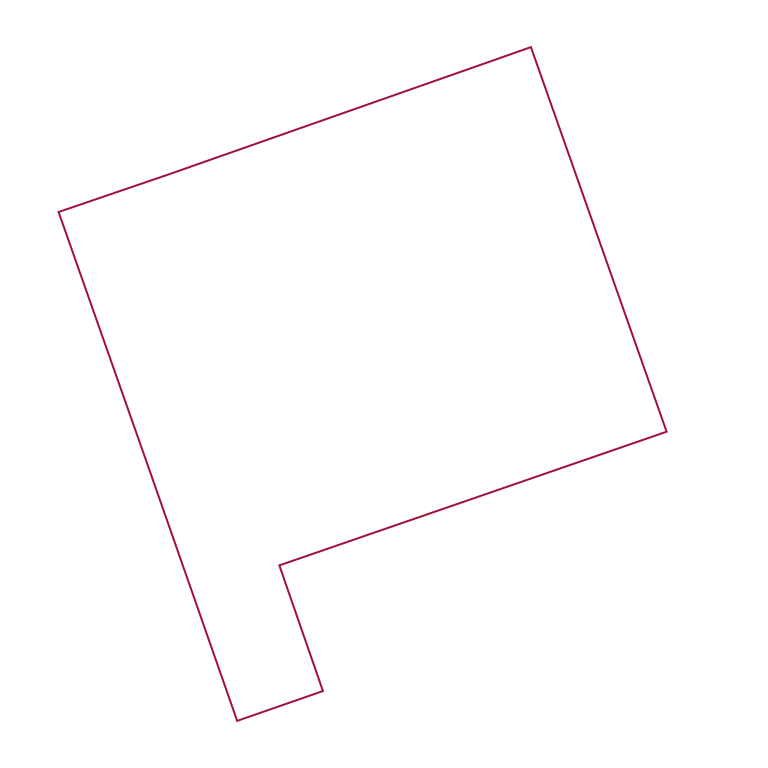 Henry, Ohio, United States of America (Mercator projection), rotated 251°
{"feature_id": "52423323B76163857838554", "entity_name": "Henry", "entity_type": "district", "adm_level": 2, "iso_a3": "USA", "parent_name": "United States of America", "parent_adm1": "Ohio", "projection": "mercator", "projection_center": [-84.138, 41.327], "detail": "fine", "context": "isolated", "style": "outline", "palette": "rose", "viewbox_px": 768, "rotation_deg": 251, "n_neighbors": 0, "source": "geoboundaries", "source_scale": "gbopen_adm2", "svg_char_len": 274}
<svg xmlns="http://www.w3.org/2000/svg" viewBox="0 0 768 768"><g transform="rotate(251 384 384)"><path d="M113.6,226.3L246.6,226.0L246.9,635.7L654.7,632.6L652.3,246.8L652.6,132.3L380.1,134.2L113.3,135.5L113.6,226.3Z" fill="none" stroke="#9f1239" stroke-width="2"/></g></svg>